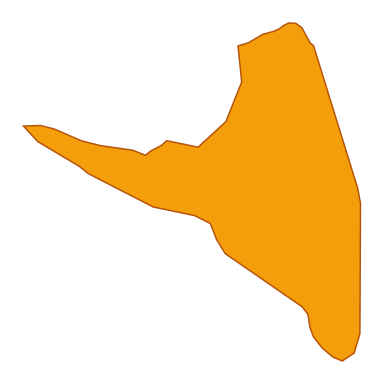 Andjouân, Mercator projection
{"feature_id": "COM-4936", "entity_name": "Andjouân", "entity_type": "state/province", "adm_level": 1, "iso_a3": "COM", "parent_name": "Comoros", "parent_adm1": "", "projection": "mercator", "projection_center": [44.402, -12.222], "detail": "fine", "context": "isolated", "style": "filled", "palette": "amber", "viewbox_px": 384, "rotation_deg": 0, "n_neighbors": 0, "source": "natural_earth", "source_scale": "10m", "svg_char_len": 640}
<svg xmlns="http://www.w3.org/2000/svg" viewBox="0 0 384 384"><path d="M360.5,203.3L359.9,333.6L354.2,353.0L342.2,361.0L333.0,357.1L322.3,348.1L313.6,337.1L310.0,327.8L308.0,314.5L302.3,306.9L225.3,253.7L216.7,239.8L210.3,223.5L194.5,215.6L153.2,207.0L88.2,173.6L79.5,166.5L37.6,141.5L23.5,126.1L40.3,125.5L54.2,129.0L81.1,140.7L99.3,145.4L133.0,150.3L145.4,155.3L150.9,150.9L161.4,145.4L166.7,140.7L198.1,147.2L225.8,121.7L241.7,82.0L238.0,45.9L248.2,42.9L262.6,34.4L273.8,31.3L279.0,29.0L283.5,25.6L288.5,23.0L295.8,23.3L301.8,27.7L310.0,42.6L313.6,45.9L357.7,188.3L360.5,203.3Z" fill="#f59e0b" stroke="#b45309" stroke-width="1.5"/></svg>